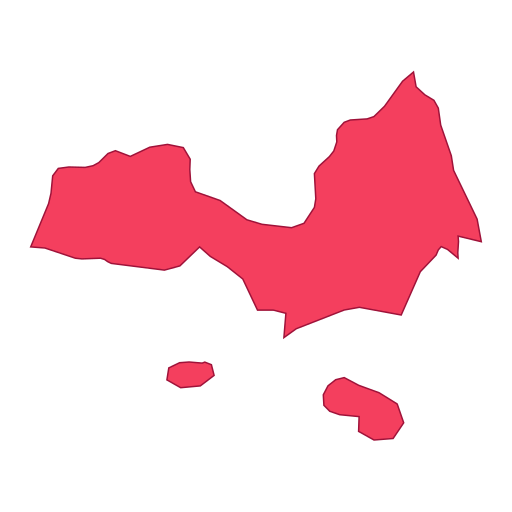 SVG path tracing the border of Nueva Esparta
{"feature_id": "VEN-48", "entity_name": "Nueva Esparta", "entity_type": "State", "adm_level": 1, "iso_a3": "VEN", "parent_name": "Venezuela", "parent_adm1": "", "projection": "robinson", "projection_center": [-64.068, 10.956], "detail": "fine", "context": "isolated", "style": "filled", "palette": "rose", "viewbox_px": 512, "rotation_deg": 0, "n_neighbors": 0, "source": "natural_earth", "source_scale": "10m", "svg_char_len": 1402}
<svg xmlns="http://www.w3.org/2000/svg" viewBox="0 0 512 512"><path d="M438.3,108.1L440.7,125.1L451.3,155.7L453.6,170.4L477.1,219.1L481.3,241.7L458.1,236.1L458.5,241.5L457.8,252.7L458.1,258.2L447.5,249.4L441.2,246.6L438.3,249.9L436.1,255.1L420.3,271.7L401.2,315.0L359.4,307.3L344.2,310.0L296.3,328.7L283.9,337.6L285.9,313.3L273.3,310.1L257.5,310.1L242.8,279.0L227.2,266.6L210.3,256.4L199.6,246.9L179.9,265.9L164.4,270.1L111.3,263.4L107.6,261.6L104.7,259.5L100.5,258.2L81.9,258.9L75.3,258.2L44.9,248.0L30.7,246.9L48.6,203.6L51.0,193.3L52.7,175.8L58.3,168.4L68.8,167.0L85.2,167.4L93.1,165.7L98.8,162.6L108.0,153.5L115.4,150.7L130.3,156.4L149.8,147.2L167.5,144.4L183.3,147.6L190.2,159.2L189.8,169.6L190.6,181.7L195.4,191.8L220.1,200.5L246.9,219.8L262.0,224.3L291.6,227.7L304.0,223.3L314.4,207.4L315.8,198.8L314.4,173.6L319.0,166.1L329.4,156.6L333.8,151.0L336.8,141.9L336.5,135.5L337.5,129.7L344.2,122.3L350.3,120.0L367.1,118.9L373.9,116.6L384.5,106.3L402.6,81.2L413.5,72.0L416.1,86.8L424.8,94.8L433.9,100.3L438.3,108.1ZM344.2,377.6L358.7,385.3L379.2,392.8L397.2,404.0L403.7,422.8L393.1,438.5L374.0,440.0L358.6,431.4L359.1,416.6L339.7,414.7L329.8,411.3L323.9,405.3L323.3,394.8L328.0,385.8L335.7,379.7L344.2,377.6ZM204.8,362.1L211.4,364.7L214.1,375.4L200.3,385.9L180.7,387.7L166.9,379.9L168.8,367.9L179.6,362.7L189.1,362.0L202.2,363.1L204.8,362.1Z" fill="#f43f5e" stroke="#9f1239" stroke-width="1.5"/></svg>